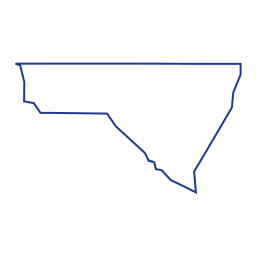 Monongalia, West Virginia, United States of America (Equal Earth projection)
{"feature_id": "52423323B42604268610019", "entity_name": "Monongalia", "entity_type": "district", "adm_level": 2, "iso_a3": "USA", "parent_name": "United States of America", "parent_adm1": "West Virginia", "projection": "equal_earth", "projection_center": [-80.046, 39.578], "detail": "fine", "context": "isolated", "style": "outline", "palette": "blue", "viewbox_px": 256, "rotation_deg": 0, "n_neighbors": 0, "source": "geoboundaries", "source_scale": "gbopen_adm2", "svg_char_len": 620}
<svg xmlns="http://www.w3.org/2000/svg" viewBox="0 0 256 256"><path d="M195.9,192.4L194.1,171.5L200.3,161.2L211.3,142.6L224.1,120.8L231.9,107.5L233.3,92.4L240.6,74.6L240.6,63.8L225.4,63.9L210.1,63.9L188.4,63.8L133.7,63.6L77.0,63.6L54.0,63.6L53.7,63.6L15.4,63.7L20.1,65.2L24.3,82.0L24.1,101.4L33.7,103.1L40.5,112.9L52.5,112.9L100.9,113.5L107.1,113.6L115.7,126.2L144.9,153.0L148.7,160.9L149.9,160.6L150.2,160.8L150.3,161.2L151.1,161.2L151.8,161.7L152.4,161.6L152.6,161.8L153.3,161.8L154.1,162.2L154.4,162.7L155.9,169.1L161.9,170.3L170.7,180.1L180.7,184.8L195.9,192.4Z" fill="none" stroke="#1e3a8a" stroke-width="2"/></svg>